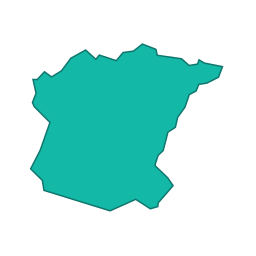 Oglethorpe, Georgia, United States of America, rotated 352°
{"feature_id": "52423323B55328692258932", "entity_name": "Oglethorpe", "entity_type": "district", "adm_level": 2, "iso_a3": "USA", "parent_name": "United States of America", "parent_adm1": "Georgia", "projection": "orthographic", "projection_center": [-83.037, 33.869], "detail": "fine", "context": "isolated", "style": "filled", "palette": "teal", "viewbox_px": 256, "rotation_deg": 352, "n_neighbors": 0, "source": "geoboundaries", "source_scale": "gbopen_adm2", "svg_char_len": 739}
<svg xmlns="http://www.w3.org/2000/svg" viewBox="0 0 256 256"><g transform="rotate(352 128 128)"><path d="M164.6,191.4L160.4,182.9L149.7,169.3L150.1,167.2L154.0,159.3L159.7,155.2L167.0,137.6L175.0,133.9L178.7,124.3L187.3,115.3L193.3,103.5L200.6,100.8L204.1,94.7L212.4,94.5L224.7,90.3L230.1,80.4L212.6,74.3L207.8,70.4L205.8,74.4L197.2,74.6L190.7,66.9L167.1,60.1L166.6,54.0L153.9,46.9L144.1,52.6L133.6,52.6L125.8,59.7L109.7,51.8L105.7,55.5L96.9,44.9L81.2,50.9L70.1,62.1L59.4,66.8L53.1,60.7L44.8,67.4L40.7,66.7L41.8,80.8L36.9,89.5L38.2,93.9L51.5,111.6L50.6,113.4L37.9,137.9L25.9,154.9L35.9,168.0L36.1,178.1L98.7,207.5L125.7,199.7L138.9,211.1L146.5,210.0L147.5,206.3L164.6,191.4Z" fill="#14b8a6" stroke="#0f766e" stroke-width="1.5"/></g></svg>